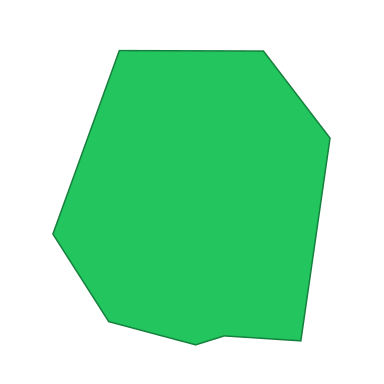 outline of Al Hawtah, Lahij, Yemen, rotated 189°
{"feature_id": "15242507B35163519047813", "entity_name": "Al Hawtah", "entity_type": "district", "adm_level": 2, "iso_a3": "YEM", "parent_name": "Yemen", "parent_adm1": "Lahij", "projection": "albers", "projection_center": [44.876, 13.061], "detail": "fine", "context": "isolated", "style": "filled", "palette": "green", "viewbox_px": 384, "rotation_deg": 189, "n_neighbors": 0, "source": "geoboundaries", "source_scale": "gbopen_adm2", "svg_char_len": 272}
<svg xmlns="http://www.w3.org/2000/svg" viewBox="0 0 384 384"><g transform="rotate(189 192 192)"><path d="M64.1,266.8L143.5,342.4L285.9,320.3L322.8,128.7L253.9,50.9L164.5,41.6L137.7,54.9L61.2,62.0L64.1,266.8Z" fill="#22c55e" stroke="#15803d" stroke-width="1.5"/></g></svg>